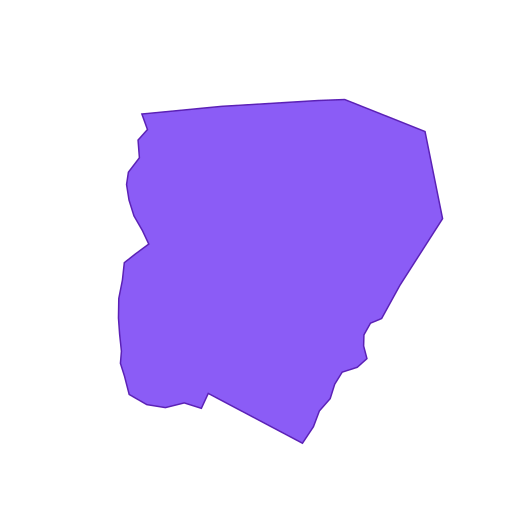 outline of Pilões, Paraíba, Brazil, rotated 292°
{"feature_id": "56859067B29382910416261", "entity_name": "Pilões", "entity_type": "district", "adm_level": 2, "iso_a3": "BRA", "parent_name": "Brazil", "parent_adm1": "Paraíba", "projection": "orthographic", "projection_center": [-35.62, -6.881], "detail": "fine", "context": "isolated", "style": "filled", "palette": "violet", "viewbox_px": 512, "rotation_deg": 292, "n_neighbors": 0, "source": "geoboundaries", "source_scale": "gbopen_adm2", "svg_char_len": 691}
<svg xmlns="http://www.w3.org/2000/svg" viewBox="0 0 512 512"><g transform="rotate(292 256 256)"><path d="M434.7,366.1L434.3,279.6L423.4,255.3L381.9,168.1L344.9,97.0L332.6,108.0L319.3,103.2L303.4,111.1L285.9,106.3L273.8,109.2L260.3,117.3L247.5,127.8L237.0,141.2L226.9,152.1L212.9,143.5L200.5,136.4L183.5,141.2L165.2,144.7L147.0,151.7L132.5,158.8L117.3,166.9L105.7,170.5L95.3,179.1L80.1,190.3L77.3,210.4L81.5,228.8L92.9,244.5L94.3,262.4L110.7,263.2L99.8,369.2L119.2,373.2L136.1,372.8L151.5,378.2L166.6,377.0L180.6,379.4L190.8,391.6L202.4,397.3L212.9,389.5L223.3,385.6L236.6,387.3L245.1,395.9L282.8,400.4L360.5,415.0L434.7,366.1Z" fill="#8b5cf6" stroke="#5b21b6" stroke-width="1.5"/></g></svg>